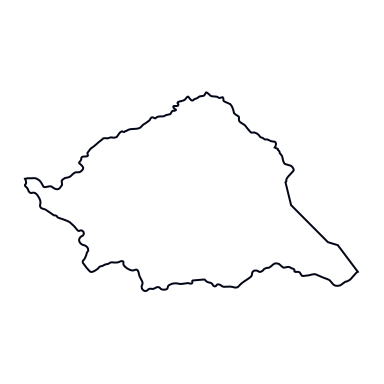 San Francisco, Lempira, Honduras, rotated 91°
{"feature_id": "27666195B39491664088355", "entity_name": "San Francisco", "entity_type": "district", "adm_level": 2, "iso_a3": "HND", "parent_name": "Honduras", "parent_adm1": "Lempira", "projection": "robinson", "projection_center": [-88.368, 14.131], "detail": "fine", "context": "isolated", "style": "outline", "palette": "ink", "viewbox_px": 384, "rotation_deg": 91, "n_neighbors": 0, "source": "geoboundaries", "source_scale": "gbopen_adm2", "svg_char_len": 6083}
<svg xmlns="http://www.w3.org/2000/svg" viewBox="0 0 384 384"><g transform="rotate(91 192 192)"><path d="M190.6,357.1L191.8,356.3L194.1,355.3L195.3,354.3L195.6,353.6L195.8,352.8L195.4,350.6L195.7,349.1L196.4,347.9L198.1,346.3L200.7,344.7L203.1,343.6L205.4,343.3L207.9,343.7L208.7,343.7L209.7,343.3L210.6,342.6L211.3,341.1L211.8,339.1L212.3,337.9L217.7,329.7L217.8,329.3L217.8,328.2L218.1,327.4L218.5,326.8L219.5,326.1L220.0,325.4L221.8,319.7L223.3,315.7L224.1,314.2L224.6,313.4L228.3,309.2L231.6,306.4L232.7,305.2L232.9,304.6L232.9,304.0L232.4,302.9L232.3,302.1L232.7,300.9L233.5,300.1L234.1,299.7L234.9,299.5L235.6,299.4L236.4,299.7L237.5,300.4L238.6,302.3L239.7,303.3L241.2,304.0L242.8,304.0L244.4,303.3L245.6,302.2L246.6,300.7L247.3,298.3L247.9,297.1L248.9,295.9L250.4,295.0L251.5,294.8L252.6,294.8L254.4,296.0L256.8,296.6L259.4,297.6L261.1,298.5L262.8,299.9L263.8,300.1L264.8,299.8L267.4,297.8L270.2,295.6L273.0,292.9L273.5,292.2L273.7,291.4L273.7,290.6L273.4,289.8L272.5,287.9L271.1,285.8L270.2,284.7L268.5,283.3L268.1,282.7L267.5,280.3L266.0,277.5L265.3,274.5L263.9,272.2L263.7,270.9L263.9,268.2L263.8,265.9L263.4,264.1L262.4,261.8L262.3,261.0L262.4,260.2L262.7,259.6L263.2,259.3L265.1,259.4L266.5,258.9L268.2,257.3L269.7,255.2L270.9,252.8L271.4,251.1L271.5,250.1L271.4,249.1L270.7,247.2L270.6,246.6L270.8,245.6L271.4,244.9L273.0,244.1L275.5,243.5L277.3,242.9L282.0,240.4L283.3,239.9L284.9,239.9L286.5,240.5L287.4,240.7L289.0,240.5L290.0,240.0L290.8,239.3L291.4,238.5L291.7,237.6L291.8,236.6L291.5,235.6L291.1,234.9L290.0,233.8L289.6,232.9L289.4,232.0L289.6,230.0L289.5,228.9L289.1,227.9L288.1,226.2L287.7,224.8L287.7,223.9L288.0,223.0L288.5,222.4L289.5,221.4L290.0,220.2L290.2,218.7L290.0,216.9L289.7,215.9L289.0,215.0L288.3,214.7L286.8,214.4L285.8,213.7L284.8,212.0L284.0,210.0L283.7,208.4L283.6,206.6L283.7,205.1L284.1,202.6L284.1,200.8L283.2,194.9L283.2,194.0L283.6,192.3L283.6,191.2L283.4,190.6L282.9,190.2L282.3,190.1L281.2,190.2L280.7,190.0L280.4,189.5L279.3,178.6L279.3,178.1L279.6,177.5L280.8,176.4L281.6,175.2L282.0,174.1L282.5,171.9L283.0,170.8L283.7,170.1L285.2,169.1L285.6,168.6L285.9,167.9L285.9,167.4L285.8,166.8L285.5,166.4L284.3,165.5L284.0,164.8L283.9,164.1L284.1,163.1L284.3,162.3L285.7,160.2L286.2,158.8L286.2,157.7L285.9,152.2L286.2,150.0L286.8,147.3L286.7,145.8L286.4,144.9L285.9,144.1L283.3,141.8L281.7,139.9L280.0,137.6L277.5,133.9L275.8,131.8L275.1,131.2L274.1,130.7L272.2,130.5L271.3,130.2L270.5,129.7L269.8,128.9L269.4,127.8L269.4,126.4L269.8,124.7L270.4,124.0L270.7,123.2L270.7,122.7L270.6,122.1L270.2,121.1L269.6,120.2L269.0,119.5L267.9,118.7L267.5,118.2L266.6,115.9L266.4,114.1L266.2,113.5L265.0,111.8L262.8,109.3L262.2,108.2L261.9,107.2L262.0,105.5L262.4,103.8L265.4,100.3L266.0,99.2L266.0,98.5L265.3,95.2L265.2,94.2L265.6,92.7L266.6,91.0L267.0,89.4L267.4,88.8L268.3,88.2L268.8,88.1L269.5,88.2L269.8,88.0L270.1,86.9L270.0,84.7L270.3,83.3L270.8,82.7L273.6,80.9L273.9,80.4L274.0,79.0L273.2,73.4L272.4,70.6L272.0,68.1L272.2,66.9L275.6,58.5L276.7,55.2L277.6,53.2L278.0,52.7L282.0,49.1L283.0,47.5L283.3,45.8L283.2,43.9L282.6,41.9L279.1,37.2L278.5,35.1L277.3,33.0L276.5,32.0L270.1,26.5L269.2,25.5L268.9,24.8L242.6,45.3L239.8,55.2L203.4,92.7L180.6,98.7L179.7,97.9L178.0,97.9L176.7,97.4L174.5,95.8L169.3,91.1L168.4,90.7L167.5,90.8L165.8,91.7L164.4,93.0L163.9,94.0L162.5,99.1L162.1,99.9L161.7,100.3L159.5,101.3L154.4,102.6L151.6,104.9L150.3,105.2L149.5,105.6L148.5,106.7L148.2,106.9L147.7,106.8L147.3,107.2L146.1,110.1L144.5,109.2L143.0,108.9L142.0,108.9L140.6,109.6L140.4,110.0L140.2,110.7L140.0,112.7L139.8,113.8L138.3,117.2L138.1,118.4L138.2,119.5L138.1,120.2L137.7,120.9L136.7,122.2L136.2,124.0L135.9,124.6L133.7,126.4L132.9,127.4L132.3,128.4L131.4,130.6L131.6,133.6L131.3,134.3L128.2,137.1L124.4,140.2L123.4,141.7L121.6,144.7L120.8,145.6L120.2,146.0L119.4,146.3L118.4,146.4L116.9,146.3L116.0,146.5L115.7,146.7L113.6,150.0L112.6,151.2L111.6,151.6L110.1,151.9L107.8,152.7L105.9,153.5L104.9,154.2L103.8,155.0L103.3,155.7L101.1,160.9L100.7,161.6L99.7,162.2L97.8,162.3L96.9,162.8L96.7,163.3L97.4,165.5L97.5,166.5L96.3,168.7L95.9,174.0L95.4,175.1L92.7,178.3L92.2,179.3L92.2,179.6L92.5,179.9L94.6,181.0L95.6,182.0L96.1,184.7L96.1,185.3L96.2,185.7L97.0,187.1L98.1,188.5L99.3,191.5L100.1,192.2L100.5,193.0L100.5,193.7L100.2,194.4L99.2,195.4L97.0,197.2L96.7,197.7L96.9,198.2L97.3,198.7L99.5,200.5L100.2,201.2L100.9,203.0L101.8,206.3L102.4,207.6L102.9,207.9L103.3,208.0L104.3,207.4L105.2,207.2L105.6,207.4L106.0,207.7L106.3,208.9L106.3,211.4L106.6,212.0L107.2,212.2L108.2,211.8L109.4,210.5L109.8,209.7L110.2,209.5L110.6,209.8L110.9,210.5L111.1,211.3L111.1,212.3L111.4,213.1L112.0,213.6L114.3,214.9L114.7,215.7L115.6,219.4L116.4,220.7L116.8,221.5L116.9,222.8L117.0,225.4L117.3,227.4L117.9,228.7L118.8,229.6L119.0,230.1L118.9,230.7L118.4,231.6L118.1,232.4L118.1,233.1L118.2,233.7L118.6,234.2L119.2,234.7L120.7,235.5L121.3,236.0L123.8,239.3L125.5,241.9L128.0,244.3L128.9,245.5L129.3,246.7L129.7,248.2L130.2,254.2L130.5,255.5L131.0,256.9L132.1,258.8L132.4,259.9L133.1,260.6L133.2,261.0L133.1,261.9L132.6,262.7L132.8,263.7L133.9,265.2L138.0,268.0L138.4,268.4L138.7,269.3L139.1,270.9L138.8,274.2L139.9,277.5L139.7,278.8L139.7,280.3L139.8,281.1L140.1,281.8L141.4,283.2L143.6,285.9L147.8,290.6L150.4,294.1L154.7,297.2L155.7,297.1L157.1,296.7L157.4,296.8L157.8,297.0L158.1,297.4L158.2,298.1L158.6,302.0L158.9,302.5L159.4,303.0L160.1,303.3L161.2,303.3L161.9,303.6L162.9,304.1L163.9,305.0L164.8,305.4L165.2,305.2L167.7,302.4L169.1,301.4L169.8,301.2L170.6,301.3L171.3,301.6L172.1,302.2L173.3,303.4L174.1,304.7L174.3,306.4L174.3,308.3L174.5,309.1L175.8,311.1L178.2,313.5L179.0,314.6L179.7,316.6L180.2,319.2L181.5,321.1L182.5,322.1L183.1,322.5L186.2,322.1L187.0,322.1L187.6,322.3L190.4,324.3L191.3,325.4L191.5,326.1L191.6,326.9L191.3,328.7L190.2,330.9L189.1,332.3L188.8,333.3L188.8,334.5L189.7,339.0L189.6,340.0L189.1,340.7L185.3,342.9L183.3,344.5L182.2,346.1L181.4,347.6L181.0,348.9L180.9,350.2L181.1,352.9L181.1,356.3L181.7,359.2L183.7,358.3L185.5,358.0L186.6,358.2L187.8,359.1L188.4,359.1L189.1,358.8L190.6,357.1Z" fill="none" stroke="#020617" stroke-width="2"/></g></svg>